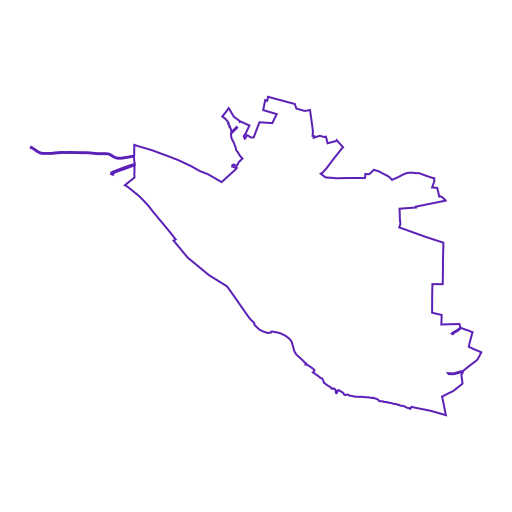 the district of Ikšķile, Ikskiles, Latvia
{"feature_id": "27541924B16568384003346", "entity_name": "Ikšķile", "entity_type": "district", "adm_level": 2, "iso_a3": "LVA", "parent_name": "Latvia", "parent_adm1": "Ikskiles", "projection": "mercator", "projection_center": [24.5, 56.833], "detail": "fine", "context": "isolated", "style": "outline", "palette": "violet", "viewbox_px": 512, "rotation_deg": 0, "n_neighbors": 0, "source": "geoboundaries", "source_scale": "gbopen_adm2", "svg_char_len": 6073}
<svg xmlns="http://www.w3.org/2000/svg" viewBox="0 0 512 512"><path d="M31.0,146.9L30.7,147.8L31.4,148.0L32.5,148.6L36.9,151.7L38.8,152.8L39.8,153.2L40.7,153.5L41.8,153.8L43.0,153.9L45.7,153.9L51.2,153.9L53.7,153.6L61.0,153.0L62.2,152.9L66.1,153.0L70.5,152.9L75.1,153.0L80.3,153.1L88.1,153.2L97.4,154.1L106.8,154.1L107.3,154.2L108.5,154.4L110.2,155.2L113.2,157.1L114.8,157.8L116.8,158.5L118.8,158.7L121.0,158.7L123.3,158.4L133.8,156.6L134.1,158.8L134.2,160.3L134.3,161.3L134.6,162.7L134.7,163.4L134.8,164.2L134.8,164.5L133.9,164.2L133.0,164.4L130.3,165.2L124.0,167.4L112.3,171.9L111.8,172.3L111.3,173.5L111.1,173.4L111.0,174.0L112.9,174.8L113.1,174.2L114.2,172.7L118.8,171.0L123.0,169.6L127.2,168.1L132.4,166.1L134.3,165.8L134.5,166.0L134.4,170.7L134.5,170.9L134.4,172.9L134.3,174.2L134.3,175.1L134.4,175.4L134.5,177.5L124.9,185.2L127.6,186.8L138.7,195.7L143.9,200.9L148.5,205.9L152.9,211.6L167.3,228.9L175.7,239.4L173.6,240.6L176.9,244.6L183.1,252.1L186.9,256.7L188.2,258.1L194.6,263.3L207.9,274.3L209.1,275.2L210.3,276.0L219.4,281.6L226.5,286.0L227.3,286.8L228.3,288.1L229.7,290.0L248.3,316.6L250.4,319.3L252.2,321.0L254.1,322.9L254.3,323.2L254.1,323.8L254.2,324.2L255.3,325.7L259.1,329.4L262.5,331.2L267.5,333.0L271.1,332.5L271.5,331.5L272.3,331.5L274.1,331.9L276.1,332.2L276.8,332.4L278.7,332.9L280.1,333.2L280.5,333.3L282.0,334.1L284.1,335.1L285.3,335.7L286.0,336.1L286.7,336.7L288.3,337.9L289.2,338.6L289.8,339.2L290.3,339.7L290.5,340.0L290.8,340.6L291.7,341.9L294.5,351.6L295.5,353.1L295.8,353.8L296.2,354.4L302.6,360.2L303.3,361.0L303.8,361.4L304.1,361.9L306.1,363.5L305.4,364.3L305.5,364.7L306.8,364.5L308.1,365.4L310.0,366.5L312.2,368.1L314.5,370.1L314.4,370.5L314.2,371.1L313.4,372.0L312.9,372.3L313.2,372.6L317.2,375.3L318.8,376.5L320.6,378.0L322.2,378.5L322.7,379.5L323.4,381.1L324.0,382.9L325.1,383.5L326.1,384.5L329.5,386.6L331.2,387.8L331.6,388.6L332.3,388.9L333.1,388.4L334.3,388.7L335.3,389.5L335.7,390.3L335.7,391.5L335.8,392.3L336.1,393.1L336.6,393.2L337.1,392.2L337.7,390.7L338.6,390.1L340.0,391.0L341.6,391.8L343.1,392.9L344.0,394.1L344.3,394.8L345.7,395.0L346.3,394.8L347.2,394.6L347.5,394.5L348.8,395.1L350.0,395.8L351.5,395.8L354.8,396.7L356.2,396.7L358.6,396.9L360.5,396.7L365.0,397.2L365.3,397.2L365.9,397.3L366.5,397.1L367.0,397.2L367.8,397.4L368.8,397.4L372.7,398.0L373.4,397.7L374.4,398.3L375.7,398.6L376.5,398.9L376.7,399.1L377.8,399.4L378.3,399.9L379.2,401.1L380.3,401.1L381.9,401.4L382.9,401.3L384.1,402.0L385.1,401.9L386.4,402.1L387.3,402.4L387.8,402.2L389.7,403.0L391.1,402.9L392.8,403.5L393.8,404.1L395.7,403.8L397.5,404.8L397.9,404.6L398.5,404.6L399.6,405.4L404.2,406.2L406.0,407.3L407.6,407.9L408.9,408.1L410.3,408.9L411.2,407.0L411.3,406.9L431.0,410.9L445.9,415.2L442.1,396.5L443.0,396.1L446.7,394.2L449.1,393.0L452.2,391.6L453.4,390.9L454.7,389.9L456.2,388.7L458.0,387.2L459.6,386.0L460.2,385.5L461.3,384.6L462.2,383.9L462.4,383.8L462.5,383.5L462.5,383.3L462.3,381.5L461.8,377.8L461.4,375.0L461.4,374.7L461.5,374.5L462.4,373.1L462.7,372.7L462.8,372.1L462.4,372.1L460.3,372.4L455.3,373.9L454.6,374.0L453.4,374.2L450.5,374.2L448.6,374.1L447.9,373.1L450.5,373.3L453.3,373.3L454.4,373.2L455.0,373.0L460.1,371.5L462.3,371.2L462.8,371.2L463.0,371.0L465.6,368.9L469.2,366.0L475.7,361.1L477.5,359.5L479.1,356.6L481.3,352.3L474.2,349.3L468.8,346.8L469.6,343.0L472.5,332.2L472.1,332.1L470.8,331.6L468.9,330.7L468.2,330.5L466.0,329.8L461.2,328.0L458.2,330.4L457.4,331.1L456.6,331.5L455.1,332.2L454.2,332.7L452.8,334.2L451.7,333.6L453.7,332.0L454.7,331.4L456.2,330.7L456.9,330.3L457.7,329.7L460.4,327.5L460.0,325.8L459.6,324.7L459.4,324.0L441.3,324.5L441.4,322.8L441.7,315.0L432.1,312.7L432.2,295.3L432.4,284.1L442.7,284.2L442.8,280.7L442.9,275.1L442.9,270.8L443.0,264.5L442.9,264.4L443.2,251.4L443.4,242.7L425.7,236.9L399.2,227.4L400.4,224.1L400.1,220.5L399.9,220.5L400.0,219.3L399.8,218.2L399.8,214.5L399.6,210.4L399.5,208.7L416.2,207.5L416.2,207.4L416.0,206.6L438.3,202.1L444.5,200.9L445.6,200.6L444.5,199.2L441.4,196.7L440.4,196.3L439.3,196.6L437.2,187.9L432.1,187.5L434.4,181.1L434.1,179.0L434.3,178.2L432.3,177.8L430.6,177.3L429.1,176.8L426.8,176.0L422.6,174.5L420.6,173.7L418.5,173.1L415.7,173.1L411.1,172.6L407.7,172.9L407.0,173.1L405.6,173.5L403.2,174.5L397.8,177.3L393.0,179.4L392.1,179.9L389.1,176.8L386.4,175.3L381.9,173.1L381.1,172.5L378.8,171.3L376.0,170.5L373.9,169.8L369.3,174.2L365.4,174.0L365.1,177.6L365.0,177.9L364.6,178.1L359.3,178.0L352.3,178.0L347.8,178.0L336.5,178.3L331.5,177.8L326.1,177.5L324.7,176.8L320.7,173.7L322.4,172.7L325.9,169.1L332.6,160.2L341.3,149.2L343.1,147.2L342.4,146.5L338.0,141.7L337.5,141.1L336.9,140.5L336.7,140.3L336.6,140.7L336.0,141.0L327.6,143.3L325.9,136.6L324.0,137.0L319.9,135.8L313.8,137.7L314.2,136.2L312.6,136.0L312.8,133.6L312.9,131.1L312.7,129.6L312.1,124.7L310.6,114.4L310.0,110.0L305.3,110.9L304.1,110.8L296.4,108.6L294.8,104.0L268.0,96.8L267.2,100.8L265.2,100.1L263.2,110.1L276.7,114.1L272.3,123.1L259.4,122.3L253.7,137.4L250.8,137.5L248.9,136.1L246.9,135.2L245.3,138.4L244.8,138.7L243.7,136.2L246.0,132.8L247.0,130.7L249.4,125.5L241.0,121.7L240.0,121.9L240.2,121.4L233.8,116.7L230.3,110.7L228.7,108.1L225.9,112.0L222.3,116.5L225.3,118.8L226.7,120.3L228.7,123.2L228.2,123.8L229.9,126.4L229.4,126.9L230.6,128.4L230.8,129.1L231.2,130.2L231.3,132.3L234.3,129.3L236.6,127.0L237.2,127.7L236.3,128.7L233.3,131.5L231.8,133.0L231.0,133.5L231.3,137.4L232.0,139.3L233.9,142.8L235.8,148.1L236.0,149.8L237.6,151.9L239.3,154.7L240.5,156.5L242.5,158.5L238.7,162.2L237.9,164.0L236.6,165.9L233.6,164.5L232.4,165.2L232.1,166.5L236.7,168.1L235.2,169.8L227.2,177.0L224.5,179.5L221.6,182.1L208.1,174.3L200.0,171.1L190.8,166.0L178.5,160.2L172.1,157.7L169.3,156.6L160.5,153.4L152.3,150.3L137.3,145.9L134.3,144.9L134.2,155.7L124.1,157.3L120.9,157.8L118.8,157.8L117.0,157.6L115.2,157.2L110.9,154.5L108.8,153.6L107.0,153.3L105.0,153.2L98.3,153.2L96.1,153.1L88.1,152.3L80.3,152.2L75.2,152.1L70.5,152.0L66.0,152.1L62.2,152.0L59.6,152.1L53.8,152.6L51.2,153.0L45.5,153.0L44.2,153.0L42.0,152.9L40.2,152.4L39.2,152.0L37.4,150.9L33.0,147.9L31.8,147.2L31.0,146.9Z" fill="none" stroke="#5b21b6" stroke-width="2"/></svg>